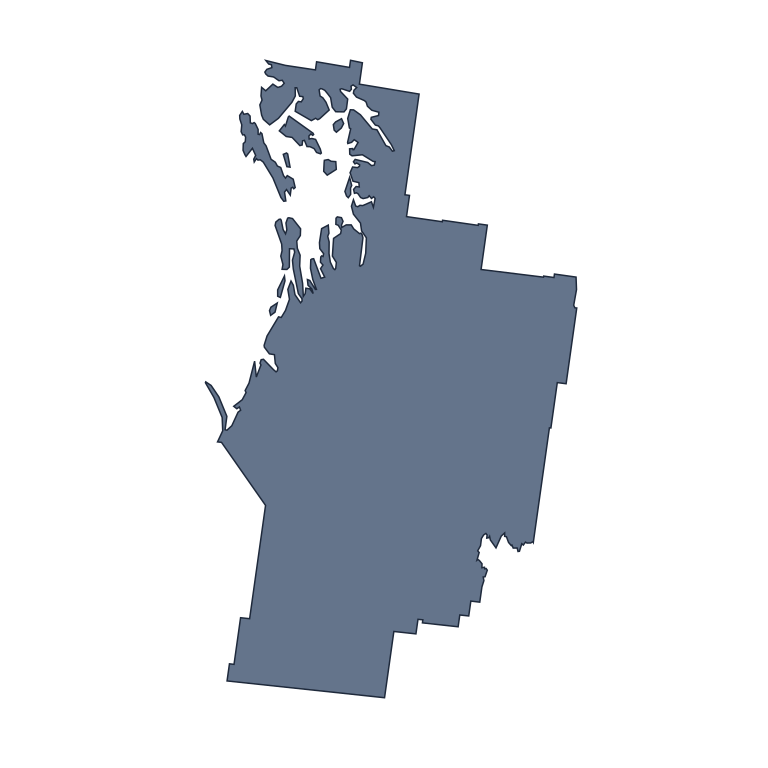 outline of Valdez-Cordova, Alaska, United States of America, rotated 98°
{"feature_id": "52423323B16539688175930", "entity_name": "Valdez-Cordova", "entity_type": "district", "adm_level": 2, "iso_a3": "USA", "parent_name": "United States of America", "parent_adm1": "Alaska", "projection": "natural_earth1", "projection_center": [-146.532, 61.491], "detail": "fine", "context": "isolated", "style": "filled", "palette": "slate", "viewbox_px": 768, "rotation_deg": 98, "n_neighbors": 0, "source": "geoboundaries", "source_scale": "gbopen_adm2", "svg_char_len": 6151}
<svg xmlns="http://www.w3.org/2000/svg" viewBox="0 0 768 768"><g transform="rotate(98 384 384)"><path d="M251.4,208.7L251.4,230.5L254.9,230.5L254.9,240.9L256.0,240.9L257.1,303.8L212.3,303.8L212.3,312.8L213.8,312.8L213.7,348.8L215.2,348.8L215.1,385.0L193.7,385.0L193.7,389.6L92.0,389.6L90.5,450.1L68.9,450.1L68.1,462.2L75.3,462.2L74.3,495.6L82.5,495.6L82.2,526.0L80.1,546.0L83.2,542.7L83.5,539.9L86.3,539.1L88.7,543.8L91.7,545.4L93.4,544.3L95.2,541.7L95.3,536.1L98.3,530.2L97.4,527.0L100.1,524.7L103.4,526.9L105.1,530.4L102.5,535.8L110.1,541.9L107.3,546.5L115.9,545.9L119.8,544.3L124.9,545.8L134.8,542.6L138.7,540.3L143.3,533.3L135.6,525.5L117.9,514.4L111.1,511.9L103.0,513.2L102.8,511.6L110.8,507.6L110.7,504.4L112.7,503.6L116.1,505.2L116.1,508.1L118.9,509.9L126.3,509.9L133.3,492.6L130.4,488.7L131.5,486.4L130.3,484.7L120.3,476.4L113.0,480.7L109.1,484.4L107.7,487.4L101.7,489.2L100.3,487.9L100.4,486.4L101.4,483.5L104.8,479.8L107.9,476.7L117.1,473.8L121.1,469.7L120.1,461.5L116.8,459.5L106.9,459.6L100.4,467.7L98.3,468.5L97.5,467.0L99.0,458.8L96.6,457.3L93.7,458.1L92.1,456.3L94.2,452.3L97.2,454.6L100.3,454.8L103.7,451.2L106.1,442.8L107.4,440.9L111.2,439.1L114.6,434.2L115.6,426.9L118.9,426.8L121.7,433.7L123.7,433.8L128.8,428.6L129.2,425.4L131.0,423.5L146.0,410.0L151.5,406.3L152.3,408.1L148.6,411.7L147.7,415.3L133.2,426.4L133.1,431.1L120.7,444.8L116.8,452.2L117.1,455.5L126.1,456.9L135.3,453.9L135.9,452.5L149.8,453.7L150.9,453.3L149.2,449.7L146.2,447.5L148.4,443.3L156.1,446.4L156.3,447.3L155.2,447.8L155.9,450.8L161.2,449.9L162.5,447.4L160.0,437.3L165.1,425.7L165.0,423.7L168.6,424.1L169.5,426.7L166.9,430.9L165.6,443.8L168.2,445.2L170.1,443.4L169.0,441.8L170.3,438.6L171.8,438.6L173.4,440.3L173.5,445.3L179.5,447.0L187.5,442.9L188.1,436.9L192.3,435.9L192.3,439.1L195.5,441.2L199.3,439.8L198.5,438.0L199.2,436.2L202.6,433.1L203.3,430.5L201.6,426.0L199.6,424.9L202.0,422.2L200.0,420.3L201.5,418.6L210.5,419.1L205.3,421.8L210.3,429.9L210.4,432.7L212.1,434.6L211.7,436.8L205.8,439.9L212.5,441.0L220.1,437.9L227.9,429.7L235.5,427.5L241.7,421.8L257.1,420.3L268.2,421.4L270.7,423.8L270.3,424.7L242.2,425.2L239.4,426.3L237.8,427.8L238.5,429.2L234.6,435.6L231.0,438.6L231.7,443.6L234.9,447.6L232.5,448.2L228.6,447.2L225.2,449.3L225.0,453.5L226.5,454.6L232.6,453.9L233.2,451.4L237.6,447.7L241.1,447.9L246.8,454.2L264.5,452.9L270.3,448.1L276.3,447.9L277.6,448.6L276.7,450.2L270.8,454.1L262.5,456.6L250.9,458.1L245.5,460.3L242.4,459.5L234.4,461.3L238.8,467.4L253.0,467.6L258.9,466.4L263.4,461.9L266.2,462.1L265.8,463.5L267.0,464.3L272.2,463.9L274.7,461.0L278.6,462.9L286.4,457.6L288.1,461.1L269.7,471.1L270.2,472.8L271.1,473.8L279.7,472.9L290.3,469.1L299.7,464.1L299.9,465.1L291.8,471.9L291.2,474.4L296.8,473.0L299.9,468.7L304.3,466.7L300.1,470.8L300.0,474.7L305.4,474.6L308.4,476.1L295.7,478.6L279.0,483.9L268.1,485.0L261.7,488.7L254.6,490.3L248.6,487.5L241.9,488.2L232.9,497.6L232.6,501.4L233.2,502.5L238.2,503.5L244.8,501.7L249.0,502.4L245.1,505.4L236.1,508.6L235.2,509.4L235.5,510.8L238.7,513.7L242.2,513.9L259.7,504.8L266.2,503.5L271.7,504.0L279.8,500.7L284.6,500.9L284.1,496.1L281.4,494.0L263.2,496.4L262.8,492.0L265.9,490.8L274.1,491.9L282.8,489.8L306.4,481.4L311.0,477.1L313.2,476.7L315.2,477.9L307.9,484.6L298.8,487.5L295.0,490.4L303.7,492.4L313.3,489.4L324.9,491.8L332.4,495.0L332.2,497.8L352.7,506.5L362.4,508.1L364.2,507.6L370.1,501.7L370.2,496.6L378.8,494.5L382.6,491.3L385.7,491.4L387.0,492.6L385.2,495.4L376.3,506.8L377.0,509.0L380.6,509.7L382.3,508.5L394.9,511.4L379.4,515.3L401.9,517.8L409.8,520.6L411.7,519.4L419.3,522.2L427.0,529.7L429.0,526.3L426.9,524.0L429.9,522.3L432.2,524.6L446.5,528.9L451.6,533.1L451.4,535.0L437.9,535.1L419.8,545.7L409.5,555.0L406.7,560.8L407.6,561.0L421.1,550.5L439.7,539.6L452.8,537.2L464.5,540.8L464.4,536.8L520.7,484.4L635.1,484.4L635.4,493.5L682.5,493.5L682.6,498.1L699.9,498.1L694.6,339.8L627.7,339.8L627.0,317.6L612.3,317.6L612.1,312.7L615.2,312.7L614.1,276.8L602.2,276.8L601.9,267.8L586.9,267.8L586.7,258.8L571.3,258.8L564.8,257.7L561.3,258.9L560.8,257.1L554.0,255.8L552.5,257.2L553.0,258.5L551.5,259.0L552.3,261.5L548.4,261.9L545.5,265.0L544.7,266.6L545.5,267.4L537.6,266.3L536.2,268.0L530.7,265.9L523.4,266.0L519.6,264.3L517.8,262.3L519.1,260.9L522.3,260.8L521.6,258.7L520.2,258.2L523.6,257.0L530.7,250.3L518.2,246.7L514.7,243.8L518.1,243.3L518.2,241.5L523.6,238.6L526.3,235.5L525.7,234.9L528.5,233.2L527.9,229.3L531.2,228.0L530.8,226.6L523.0,225.3L524.1,223.6L520.9,221.9L521.6,220.3L521.0,216.6L519.4,214.6L520.1,214.1L404.4,214.1L404.3,212.6L358.5,212.6L358.4,203.7L281.9,203.7L282.0,205.6L279.6,207.1L263.7,206.5L251.4,208.7ZM133.8,562.2L138.1,564.3L141.7,563.6L147.2,560.9L154.0,560.6L157.0,558.6L156.6,557.0L158.8,555.4L163.4,555.1L165.5,556.8L172.2,556.1L176.2,553.7L177.9,552.3L168.9,547.1L175.5,542.9L179.5,544.3L182.2,543.4L178.6,541.7L179.8,540.0L179.2,537.7L181.1,534.4L195.4,522.7L213.7,512.0L217.0,508.7L216.4,506.7L207.8,509.2L205.0,507.6L210.0,503.1L202.9,503.2L201.9,501.8L203.2,500.5L201.8,499.3L193.8,502.4L191.1,508.8L193.8,510.2L191.6,512.5L184.0,516.4L183.0,519.9L179.5,522.5L177.2,527.1L164.6,533.9L161.9,536.6L153.1,539.7L152.1,541.2L154.3,541.9L154.2,543.4L149.4,544.1L144.0,547.7L143.2,549.0L144.4,550.5L144.0,552.7L137.3,553.9L135.1,556.6L136.4,560.3L133.8,562.2ZM145.5,489.2L131.9,515.2L132.8,515.9L142.3,517.5L140.9,518.8L147.9,522.9L152.5,515.3L152.6,509.3L159.6,500.5L158.7,498.3L154.5,498.5L153.8,496.7L159.6,493.3L159.3,490.3L160.6,486.0L164.1,483.0L164.9,478.9L164.0,478.2L160.2,479.8L151.3,485.8L150.9,489.6L151.8,492.2L148.9,492.9L146.6,491.2L147.7,489.2L146.7,488.4L145.5,489.2ZM169.5,470.5L170.8,474.2L173.2,474.1L181.8,473.3L185.1,469.3L178.1,461.1L170.5,462.7L170.8,467.4L169.5,470.5ZM127.2,463.0L131.2,468.4L134.2,470.3L139.5,468.7L141.3,466.2L136.5,461.9L131.7,460.2L127.2,463.0ZM184.2,446.8L198.8,449.5L203.0,447.3L204.5,445.3L200.9,443.4L194.6,444.4L191.9,443.6L184.2,446.8ZM290.9,497.6L305.6,502.4L311.9,501.5L312.7,498.7L295.6,496.4L290.9,497.6ZM328.0,501.9L318.7,501.0L323.7,506.7L327.3,507.6L331.8,505.8L328.0,501.9ZM168.8,512.7L170.6,515.7L182.3,510.4L182.3,507.2L169.6,511.4L168.8,512.7Z" fill="#64748b" stroke="#1e293b" stroke-width="1.5"/></g></svg>